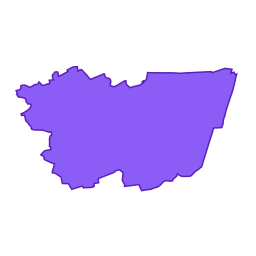 outline of Thi xa Cai Lay, Tiền Giang, Vietnam, rotated 88°
{"feature_id": "81297802B17596796998347", "entity_name": "Thi xa Cai Lay", "entity_type": "district", "adm_level": 2, "iso_a3": "VNM", "parent_name": "Vietnam", "parent_adm1": "Tiền Giang", "projection": "equal_earth", "projection_center": [106.133, 10.425], "detail": "fine", "context": "isolated", "style": "filled", "palette": "violet", "viewbox_px": 256, "rotation_deg": 88, "n_neighbors": 0, "source": "geoboundaries", "source_scale": "gbopen_adm2", "svg_char_len": 4673}
<svg xmlns="http://www.w3.org/2000/svg" viewBox="0 0 256 256"><g transform="rotate(88 128 128)"><path d="M182.3,85.2L181.8,85.2L181.4,85.1L180.7,84.7L180.1,84.0L179.1,82.5L178.4,81.6L177.7,81.1L176.4,80.6L176.2,80.5L175.7,80.3L176.2,79.5L176.7,78.8L177.6,77.1L178.0,76.3L178.2,75.9L178.3,75.2L178.4,73.9L178.4,72.1L178.4,70.0L178.4,69.0L178.4,68.4L178.2,67.3L177.8,66.5L177.1,65.6L176.2,64.8L175.5,64.1L174.8,63.4L173.3,61.6L172.1,59.5L170.9,57.8L169.8,56.7L169.4,55.8L162.1,53.3L153.2,50.2L144.4,47.1L136.4,44.2L134.1,43.5L131.0,42.4L130.9,34.4L130.1,34.1L127.3,32.9L125.2,32.7L123.7,32.5L122.9,32.3L121.4,31.8L120.5,31.3L119.1,30.8L116.2,30.0L113.8,29.4L109.2,27.7L105.1,26.2L101.2,24.8L96.2,22.8L92.8,21.7L88.2,20.3L85.9,19.7L84.2,19.2L81.8,18.7L80.6,18.4L80.4,18.3L78.0,17.5L78.4,18.9L75.9,20.2L76.3,21.5L77.0,23.4L73.0,22.0L71.8,29.0L75.7,42.1L74.6,42.7L74.7,50.9L74.8,59.6L74.9,62.9L74.9,64.3L75.1,75.1L74.9,76.7L74.8,77.5L74.7,78.3L74.6,79.6L74.2,85.7L74.2,88.1L74.1,91.9L74.0,93.5L73.7,100.5L73.5,103.9L73.3,106.5L76.5,107.1L80.0,107.9L80.5,108.3L81.0,109.0L81.2,109.7L81.4,110.8L81.6,111.4L82.2,112.0L82.2,111.7L82.5,111.2L82.7,110.9L83.0,110.6L85.5,114.5L86.3,118.2L86.6,120.0L87.8,124.8L87.5,125.0L87.4,125.1L86.4,126.0L85.1,127.4L84.6,127.8L83.9,128.2L83.7,128.3L82.8,128.4L80.8,128.4L80.7,129.3L80.9,130.0L84.8,137.0L85.9,139.6L86.3,141.2L85.7,142.2L85.2,143.6L85.1,144.0L85.0,144.3L84.8,144.4L84.2,144.4L83.2,144.0L82.0,143.7L80.7,143.6L79.9,143.7L79.3,143.9L78.7,144.1L78.2,144.5L77.8,145.1L77.6,145.6L77.4,146.5L77.3,146.8L77.3,147.2L76.9,148.0L76.4,148.7L76.2,148.9L75.6,149.2L74.3,149.4L73.3,149.6L73.2,149.8L73.0,150.3L73.2,150.6L75.6,157.0L78.1,163.9L76.8,165.1L73.7,167.3L71.3,169.5L68.8,171.7L68.1,172.5L68.1,172.9L68.1,173.3L68.1,173.7L68.3,174.1L69.6,176.1L65.2,176.4L64.9,176.5L65.1,180.6L65.2,181.2L68.0,186.8L69.4,186.0L72.6,192.2L73.8,195.8L71.4,195.9L69.6,196.3L69.4,198.0L69.6,198.8L69.7,199.3L70.8,200.0L72.0,201.3L73.0,201.8L74.1,201.8L76.3,201.2L77.3,200.8L77.5,205.0L78.5,205.0L78.9,204.9L79.4,204.8L79.9,204.6L80.3,204.6L80.6,204.6L80.9,204.8L81.0,205.3L81.1,205.8L81.2,206.2L81.3,207.5L82.1,209.3L82.2,209.9L82.2,210.5L82.3,211.0L82.5,211.7L81.7,213.0L80.3,213.9L78.9,215.4L80.1,216.0L80.3,216.1L80.6,216.5L80.9,216.8L81.1,217.3L81.2,217.7L81.3,218.3L81.4,219.1L81.4,219.7L81.5,220.0L81.9,220.7L82.4,221.5L83.4,223.3L83.5,223.6L83.6,224.2L83.6,225.7L82.9,226.6L81.9,228.7L81.6,229.6L81.5,230.7L81.5,231.4L81.6,232.5L82.0,233.4L82.3,233.7L82.7,233.7L83.1,233.6L83.6,233.5L84.5,233.6L84.9,233.8L85.2,233.9L85.6,234.5L86.1,235.7L86.6,237.9L86.8,238.5L87.4,238.2L87.8,238.0L89.1,237.7L90.0,237.6L90.3,238.1L91.0,237.8L91.2,237.4L91.6,237.2L91.9,237.2L92.5,237.1L92.8,236.9L93.1,236.4L93.2,236.0L93.5,234.7L93.8,232.9L94.1,231.8L94.3,231.2L94.6,230.5L95.0,230.0L95.4,229.4L95.9,229.1L96.7,229.1L97.3,229.1L98.1,228.9L98.6,228.5L99.0,228.0L99.5,227.8L100.0,227.7L100.4,227.4L100.6,226.9L100.6,226.6L100.4,226.1L100.4,225.7L100.5,225.4L101.2,224.3L101.7,224.1L102.2,224.1L103.2,224.4L104.7,225.5L105.9,226.5L107.2,228.5L108.8,231.1L110.2,234.4L111.8,233.9L111.6,231.0L113.2,230.6L115.7,230.2L117.5,229.8L119.4,227.8L121.4,226.7L123.3,224.7L124.7,224.7L125.8,224.4L126.2,223.2L126.6,221.7L126.7,221.2L126.8,219.1L126.8,218.1L127.0,215.4L127.1,214.2L127.3,213.3L128.1,210.4L129.0,208.3L129.3,207.5L129.3,207.0L129.3,206.2L129.1,204.8L132.8,204.7L133.3,206.1L134.5,206.3L134.9,206.6L135.3,206.8L139.2,206.9L143.8,207.1L144.0,205.9L147.0,205.9L147.4,209.9L147.7,211.2L147.8,211.7L148.0,212.1L148.2,212.5L148.5,212.9L149.4,213.8L151.8,216.1L153.8,212.9L154.4,212.9L155.2,213.1L155.9,212.9L157.2,211.8L157.5,211.2L157.9,210.1L158.7,208.6L160.2,205.5L161.4,202.8L165.6,204.0L168.4,205.1L170.3,205.1L170.4,202.8L172.5,199.8L174.8,196.6L181.2,195.5L181.5,189.4L182.0,189.2L186.7,186.7L187.3,186.3L184.4,175.7L186.2,174.8L186.2,173.2L186.1,172.0L186.2,171.0L186.0,165.2L185.0,165.1L184.9,163.8L182.2,163.8L181.7,159.2L179.8,159.4L177.9,159.6L176.9,157.8L172.5,145.3L172.3,144.3L171.7,143.4L170.4,141.6L170.0,140.8L169.8,140.1L169.7,139.2L169.6,138.7L169.8,137.8L170.1,137.1L170.5,136.7L170.9,136.4L171.1,136.1L171.4,135.7L171.5,135.5L171.7,134.8L173.3,134.6L175.7,134.9L178.8,135.4L180.5,135.4L181.4,135.0L183.0,134.1L184.0,133.6L185.1,133.3L186.2,133.5L185.8,128.5L185.7,126.9L185.3,123.6L185.2,122.2L184.9,119.1L188.6,117.6L191.1,116.4L190.6,112.9L190.4,111.4L190.2,109.7L190.1,107.6L189.9,106.9L189.2,104.7L188.7,103.6L188.5,102.8L188.4,101.8L187.8,100.2L186.7,98.5L185.4,96.9L183.7,95.3L182.6,93.9L182.2,92.8L182.0,92.3L182.1,90.9L182.3,89.4L182.6,88.2L182.6,87.3L182.4,86.5L182.3,85.2Z" fill="#8b5cf6" stroke="#5b21b6" stroke-width="1.5"/></g></svg>